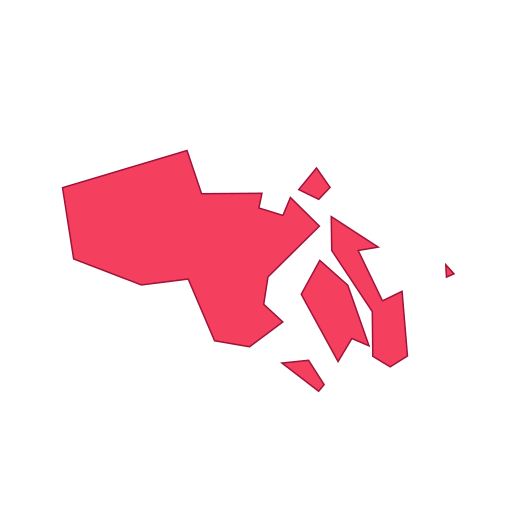 the Province of Sulawesi Tenggara, rotated 323°
{"feature_id": "IDN-556", "entity_name": "Sulawesi Tenggara", "entity_type": "Province", "adm_level": 1, "iso_a3": "IDN", "parent_name": "Indonesia", "parent_adm1": "", "projection": "robinson", "projection_center": [122.493, -4.447], "detail": "coarse", "context": "isolated", "style": "filled", "palette": "rose", "viewbox_px": 512, "rotation_deg": 323, "n_neighbors": 0, "source": "natural_earth", "source_scale": "10m", "svg_char_len": 763}
<svg xmlns="http://www.w3.org/2000/svg" viewBox="0 0 512 512"><g transform="rotate(323 256 256)"><path d="M264.4,130.2L250.0,173.5L298.5,209.5L287.2,219.4L301.9,239.8L318.7,230.0L324.6,270.3L253.0,279.9L233.1,299.2L237.7,324.8L196.2,324.6L171.9,298.8L188.0,233.6L147.0,210.1L108.6,148.6L142.6,85.0L264.4,130.2ZM351.4,372.1L316.8,427.0L296.5,425.3L288.9,406.4L315.4,370.4L319.8,297.2L339.8,269.8L358.9,322.4L340.9,313.1L330.0,367.9L351.4,372.1ZM311.7,334.6L292.2,395.8L282.9,379.6L258.0,389.7L269.1,313.8L304.3,297.9L311.7,334.6ZM235.2,370.9L233.0,399.7L224.6,401.7L212.3,357.1L235.2,370.9ZM357.3,222.1L356.4,245.8L340.2,248.5L330.1,228.7L357.3,222.1ZM395.4,387.5L402.3,377.2L403.4,389.4L395.4,387.5Z" fill="#f43f5e" stroke="#9f1239" stroke-width="1.5"/></g></svg>